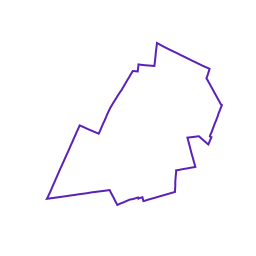 outline of Carpinis, Timis, Romania, rotated 345°
{"feature_id": "2599482B73230505833398", "entity_name": "Carpinis", "entity_type": "district", "adm_level": 2, "iso_a3": "ROU", "parent_name": "Romania", "parent_adm1": "Timis", "projection": "mercator", "projection_center": [20.916, 45.814], "detail": "fine", "context": "isolated", "style": "outline", "palette": "violet", "viewbox_px": 256, "rotation_deg": 345, "n_neighbors": 0, "source": "geoboundaries", "source_scale": "gbopen_adm2", "svg_char_len": 3396}
<svg xmlns="http://www.w3.org/2000/svg" viewBox="0 0 256 256"><g transform="rotate(345 128 128)"><path d="M158.6,196.5L159.7,192.4L160.4,190.3L161.1,188.3L162.6,184.3L163.4,182.2L163.5,181.8L163.5,181.4L165.0,181.5L166.4,181.7L167.1,181.7L168.8,181.8L172.3,182.1L174.1,182.3L176.6,182.5L179.6,182.7L181.0,182.9L183.0,183.0L183.0,180.9L183.0,180.3L182.9,179.1L182.9,176.6L182.9,175.0L182.9,173.5L182.8,171.6L182.8,170.8L182.8,166.7L182.9,162.8L182.9,159.0L182.9,158.7L182.9,155.5L182.9,154.5L182.9,152.7L183.8,152.8L186.3,153.2L188.5,153.5L193.0,154.1L194.3,154.3L195.6,156.2L196.6,157.8L199.3,161.7L201.3,164.7L201.5,164.5L203.1,162.4L204.0,161.2L206.2,158.5L204.9,157.3L204.9,157.2L206.0,155.6L207.0,154.4L208.0,153.2L208.7,152.2L209.5,151.1L209.9,150.4L210.9,149.1L211.9,147.6L212.7,146.6L213.9,144.9L215.0,143.6L215.8,142.4L216.8,141.1L217.8,139.7L218.6,138.5L218.7,138.3L218.7,138.1L219.2,137.4L219.9,136.5L220.5,135.7L221.5,134.4L222.5,133.0L223.6,131.6L224.6,130.1L223.9,129.4L223.5,127.7L223.2,126.4L222.7,124.4L222.5,123.9L222.1,122.1L221.9,121.2L221.6,120.1L221.1,117.9L220.6,116.0L220.3,114.7L219.7,112.2L219.1,110.0L218.7,108.5L218.7,108.0L217.7,104.4L217.2,102.2L216.6,100.3L216.6,100.2L217.2,99.5L218.0,98.3L218.7,97.4L219.2,96.6L220.3,94.8L221.4,93.2L222.1,91.9L220.5,90.6L219.3,89.7L216.7,87.6L215.4,86.5L212.9,84.3L212.0,83.6L210.4,82.1L208.2,80.3L206.6,78.9L205.3,77.7L204.7,77.2L204.1,76.7L202.6,75.3L201.3,74.2L199.6,72.7L197.9,71.3L197.4,70.9L195.7,69.3L194.7,68.4L193.8,67.6L192.0,66.1L190.1,64.5L187.7,62.4L186.5,61.3L184.9,59.9L184.0,59.1L182.8,58.0L180.6,55.9L179.5,54.8L178.0,53.4L177.0,56.0L176.0,58.3L174.9,61.0L173.6,64.5L172.6,67.2L171.2,70.8L169.5,74.9L165.3,73.4L160.2,71.6L156.7,70.2L154.6,69.3L153.4,72.4L152.0,75.9L150.2,75.2L147.4,74.2L146.0,75.5L144.4,77.0L142.0,79.5L141.3,80.1L139.5,81.8L136.4,84.9L135.5,85.7L135.3,86.0L134.9,86.4L132.8,88.4L131.9,89.4L130.2,90.8L127.1,93.5L125.9,94.6L124.5,96.0L123.5,96.9L120.8,99.4L118.1,102.0L116.6,103.5L116.1,103.9L115.5,104.7L113.8,106.6L111.3,109.6L109.0,112.6L107.9,114.0L105.3,117.1L103.1,119.8L101.6,121.8L100.2,123.6L98.9,125.1L98.2,125.9L97.8,125.5L95.9,124.1L95.3,123.6L94.1,122.7L93.0,121.8L92.9,121.7L90.5,119.9L89.9,119.4L89.1,118.8L87.2,117.2L84.8,115.2L82.0,113.0L81.9,113.1L81.1,114.0L80.8,114.5L78.0,117.9L77.3,118.7L74.7,122.0L74.1,122.7L71.6,125.8L70.7,127.0L68.6,129.5L67.4,131.0L65.9,132.9L63.9,135.4L62.0,137.7L60.6,139.4L58.4,142.1L57.2,143.6L54.8,146.5L53.7,147.9L51.4,150.6L50.2,152.2L47.7,155.3L46.9,156.3L45.1,158.5L43.6,160.5L40.6,164.1L38.1,167.4L35.4,170.7L34.7,171.5L31.6,175.2L31.5,175.3L31.4,175.4L38.4,176.3L43.1,176.9L50.5,177.8L56.7,178.5L58.6,178.8L62.7,179.2L66.4,179.7L72.6,180.5L74.5,180.6L78.3,181.0L79.1,181.2L82.2,181.6L85.2,182.0L87.1,182.3L90.2,182.7L94.2,183.2L94.9,186.7L95.6,189.8L95.8,190.2L96.0,191.4L96.2,192.1L96.7,195.0L97.1,196.6L97.4,197.9L97.5,198.3L97.6,198.6L97.7,199.5L101.1,199.0L103.4,198.7L104.2,198.7L105.6,198.4L106.1,198.3L107.0,198.3L108.0,198.1L109.2,197.9L110.6,197.7L111.4,197.6L111.6,197.6L112.2,197.7L112.5,197.8L114.8,197.9L115.8,197.9L119.0,197.7L119.8,197.8L119.8,198.8L120.0,198.7L121.1,198.7L122.5,198.7L123.4,198.6L124.0,198.6L124.0,199.7L124.0,201.8L124.0,202.6L126.2,202.6L127.4,202.5L129.6,202.4L130.9,202.4L138.5,202.3L142.0,202.2L152.9,202.0L156.8,201.9L158.5,196.7L158.6,196.5Z" fill="none" stroke="#5b21b6" stroke-width="2"/></g></svg>